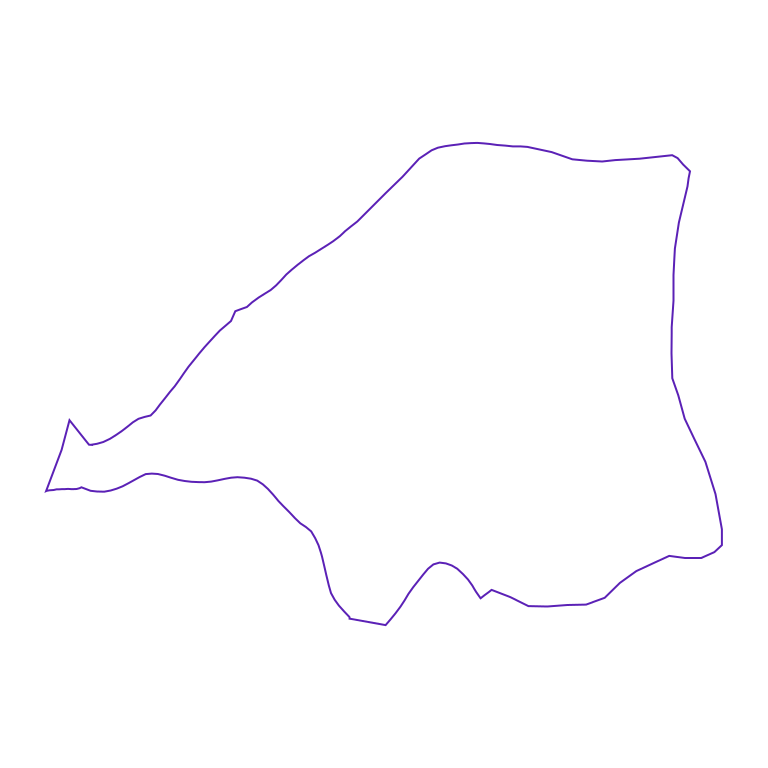 outline of Yafi', Lahij, Yemen
{"feature_id": "15242507B78298704524990", "entity_name": "Yafi'", "entity_type": "district", "adm_level": 2, "iso_a3": "YEM", "parent_name": "Yemen", "parent_adm1": "Lahij", "projection": "equal_earth", "projection_center": [45.205, 13.861], "detail": "fine", "context": "isolated", "style": "outline", "palette": "violet", "viewbox_px": 768, "rotation_deg": 0, "n_neighbors": 0, "source": "geoboundaries", "source_scale": "gbopen_adm2", "svg_char_len": 2755}
<svg xmlns="http://www.w3.org/2000/svg" viewBox="0 0 768 768"><path d="M690.0,171.3L683.1,164.5L677.6,158.1L672.2,155.2L639.6,158.7L615.2,160.1L602.2,161.5L587.0,160.7L572.3,159.3L551.7,152.1L527.4,146.9L520.5,146.4L512.8,146.4L505.2,145.6L497.2,145.0L489.9,144.0L483.8,143.4L477.3,142.9L471.2,143.1L464.4,143.5L458.0,144.5L451.3,145.3L445.0,146.2L437.9,147.7L431.6,150.3L426.0,154.1L419.2,158.6L402.4,176.9L400.0,179.2L385.8,193.0L357.3,221.5L351.0,226.4L345.3,231.0L339.9,236.1L333.2,241.2L327.6,244.9L320.9,249.1L315.2,252.7L309.0,256.2L303.7,260.1L298.3,264.3L298.0,264.5L291.6,269.8L286.3,274.5L281.3,280.0L276.1,285.4L270.7,290.0L264.9,293.6L258.7,297.5L252.0,302.4L246.9,307.0L240.7,309.2L235.3,311.2L231.0,321.0L226.0,325.3L219.9,330.5L214.8,335.9L209.5,341.7L204.5,347.2L199.1,353.6L196.4,357.0L193.8,360.2L188.6,366.6L183.9,373.2L179.8,379.2L174.7,386.3L170.1,391.7L165.1,398.1L159.9,404.6L155.6,410.4L150.6,415.5L144.7,416.9L138.5,418.8L132.9,422.3L127.7,426.5L122.0,430.9L116.5,434.7L110.0,438.8L103.3,442.0L97.0,443.8L92.1,444.6L92.1,444.9L89.0,444.7L85.3,440.1L69.5,420.2L61.6,449.9L46.1,491.1L46.8,490.8L49.5,490.3L53.7,490.0L56.7,489.3L59.5,489.3L62.4,489.1L65.1,489.1L68.0,488.9L71.0,489.1L71.7,489.1L73.9,489.1L76.6,489.0L79.6,488.2L81.4,487.3L90.6,490.8L96.9,491.5L104.2,491.7L110.7,490.5L116.6,488.7L122.6,486.3L128.5,483.2L134.1,480.1L139.7,477.0L145.7,474.1L151.8,473.6L157.9,474.0L164.7,475.7L170.9,477.7L178.0,479.8L184.7,481.0L191.5,481.8L198.5,482.1L204.7,482.2L211.1,481.6L217.5,480.4L225.0,478.8L231.1,477.7L237.4,477.2L244.4,477.7L251.0,478.7L257.2,480.6L262.8,484.3L267.9,488.9L273.1,494.6L278.5,501.1L283.3,506.1L289.2,512.0L295.0,518.2L300.3,523.3L305.9,527.0L311.2,531.4L315.2,538.2L318.5,545.2L320.9,552.6L322.0,556.5L322.9,560.3L324.9,568.9L326.4,575.5L326.8,577.1L328.8,585.4L331.0,593.1L334.7,599.8L338.9,605.6L344.0,611.3L349.4,617.0L349.6,617.8L349.6,618.7L349.8,618.7L385.6,625.1L390.6,619.3L395.5,613.3L400.5,606.6L404.5,600.5L408.5,593.8L413.2,587.2L418.1,581.0L423.4,574.3L428.1,568.7L433.4,564.4L439.6,562.6L439.8,562.6L445.9,563.4L451.8,565.5L457.3,568.8L463.0,574.1L468.0,579.5L472.3,585.5L474.2,588.8L476.1,591.9L480.5,598.2L480.6,598.3L484.4,595.3L488.9,592.0L491.3,590.1L491.5,589.9L491.9,590.0L508.5,596.4L510.5,597.2L516.0,599.9L516.1,600.0L528.4,606.1L547.3,606.5L567.4,605.0L586.1,604.6L592.5,602.3L592.6,602.2L604.7,597.8L619.9,582.9L636.3,571.1L648.8,565.3L654.8,562.5L669.2,555.9L684.9,558.0L701.2,558.0L714.4,552.1L721.9,545.1L721.9,529.3L715.5,494.1L705.4,461.8L694.1,438.5L684.7,418.7L678.3,395.4L672.3,378.3L671.5,353.3L671.7,333.1L671.7,327.1L673.5,300.7L673.5,275.0L674.4,257.5L674.9,248.5L678.9,222.5L687.5,186.4L688.6,178.2L690.0,171.3Z" fill="none" stroke="#5b21b6" stroke-width="2"/></svg>